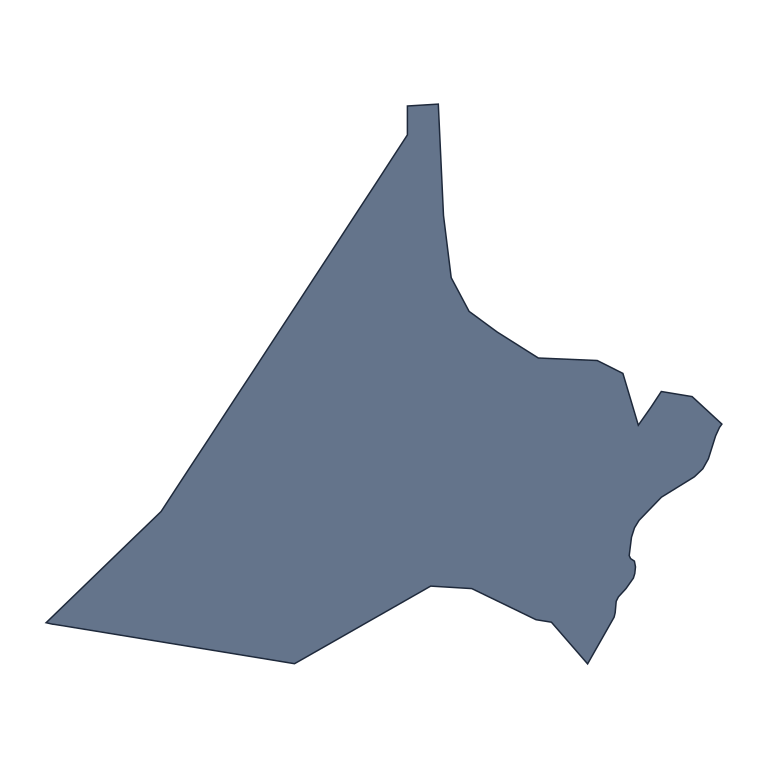 an SVG outline of Nugaal
{"feature_id": "SOM-2413", "entity_name": "Nugaal", "entity_type": "Region", "adm_level": 1, "iso_a3": "SOM", "parent_name": "Somalia", "parent_adm1": "", "projection": "orthographic", "projection_center": [49.001, 8.49], "detail": "fine", "context": "isolated", "style": "filled", "palette": "slate", "viewbox_px": 768, "rotation_deg": 0, "n_neighbors": 0, "source": "natural_earth", "source_scale": "10m", "svg_char_len": 963}
<svg xmlns="http://www.w3.org/2000/svg" viewBox="0 0 768 768"><path d="M46.1,622.7L48.5,620.4L61.0,608.3L73.5,596.2L86.0,584.1L98.5,572.0L111.0,559.9L123.5,547.8L136.0,535.7L148.6,523.6L161.1,511.5L176.5,487.9L191.9,464.4L207.4,440.9L222.8,417.3L238.2,393.8L253.7,370.3L269.1,346.7L284.5,323.2L299.9,299.7L315.3,276.1L330.7,252.6L346.0,229.1L361.4,205.5L376.8,182.0L392.1,158.4L407.4,134.9L407.4,106.0L438.3,104.1L443.5,215.5L451.2,277.7L469.1,311.4L497.3,332.1L538.3,358.0L597.2,360.5L622.9,373.4L638.3,425.2L651.1,407.0L661.3,391.5L692.1,396.6L721.9,424.1L719.5,427.4L715.6,435.9L708.4,458.8L702.8,468.8L694.4,476.8L661.4,497.2L639.1,520.3L634.5,527.8L631.5,537.2L629.2,555.6L630.6,558.6L634.4,561.1L635.5,566.9L634.8,573.5L633.4,578.1L626.0,588.6L618.4,596.9L616.2,601.3L615.2,612.6L614.1,617.2L587.6,663.9L551.4,622.2L536.0,619.7L471.8,588.6L430.7,586.1L294.5,663.7L54.6,624.4L52.6,624.2L46.1,622.7Z" fill="#64748b" stroke="#1e293b" stroke-width="1.5"/></svg>